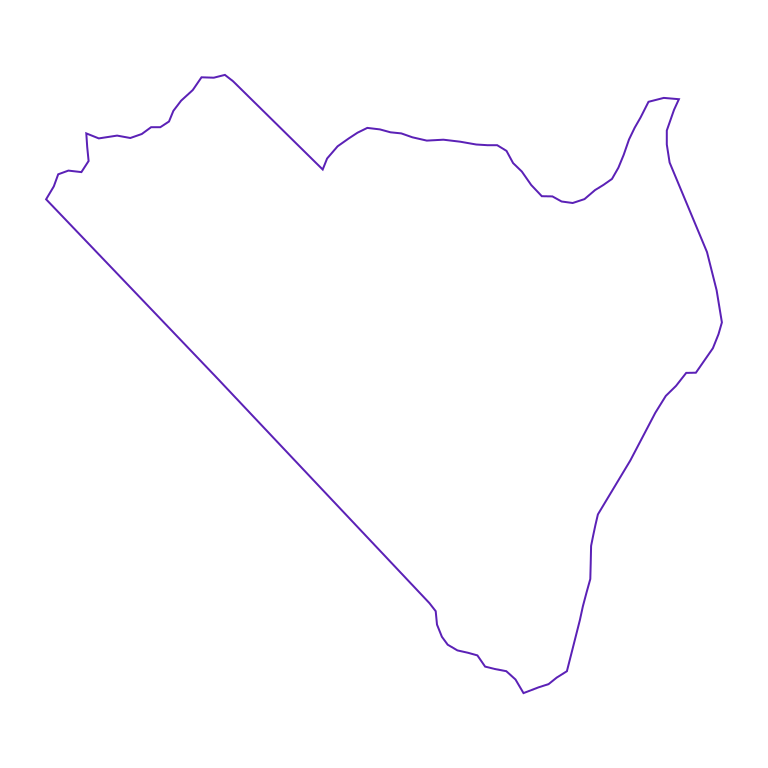 the district of Aguiarnópolis, Tocantins, Brazil
{"feature_id": "56859067B74205532549606", "entity_name": "Aguiarnópolis", "entity_type": "district", "adm_level": 2, "iso_a3": "BRA", "parent_name": "Brazil", "parent_adm1": "Tocantins", "projection": "natural_earth1", "projection_center": [-47.503, -6.502], "detail": "fine", "context": "isolated", "style": "outline", "palette": "violet", "viewbox_px": 768, "rotation_deg": 0, "n_neighbors": 0, "source": "geoboundaries", "source_scale": "gbopen_adm2", "svg_char_len": 1346}
<svg xmlns="http://www.w3.org/2000/svg" viewBox="0 0 768 768"><path d="M678.9,99.2L663.8,97.9L648.5,101.8L640.5,117.6L634.7,127.7L629.0,139.5L623.7,154.8L618.4,167.7L612.0,178.9L603.3,185.0L595.0,190.1L584.5,199.1L572.7,203.0L561.6,201.5L552.4,196.4L541.8,196.2L531.2,185.0L521.8,171.5L513.1,163.1L506.5,150.9L497.2,145.2L487.6,145.2L476.2,144.5L460.2,141.7L443.4,139.7L426.8,140.6L412.4,137.3L401.3,133.4L390.5,132.3L379.9,129.4L367.3,127.9L357.5,132.7L348.8,138.4L337.6,146.3L327.1,158.5L322.7,169.5L233.0,81.2L224.9,74.9L213.8,77.7L201.5,77.3L192.8,90.0L181.1,100.7L173.4,110.8L169.0,121.5L160.3,127.2L151.1,127.2L141.8,134.0L130.3,138.0L117.1,135.6L98.8,138.4L86.3,133.4L87.2,146.9L88.6,161.0L81.4,172.1L68.4,170.6L58.2,174.3L53.8,186.4L46.1,199.3L149.6,307.5L217.0,378.0L429.4,603.1L435.7,611.2L437.0,624.6L441.9,636.8L447.7,644.7L457.4,650.4L468.1,652.8L477.4,655.4L485.1,666.6L494.8,669.0L506.3,671.2L515.5,679.5L523.5,693.1L538.4,687.4L548.6,684.1L556.7,677.6L566.9,671.2L571.2,654.3L579.9,620.0L582.9,606.2L586.7,591.9L590.3,579.0L590.7,563.9L591.1,545.9L593.1,535.9L595.4,525.1L597.9,514.4L630.3,460.5L655.3,412.8L665.8,395.9L676.0,385.9L686.2,372.9L695.9,372.7L712.9,348.2L718.5,334.2L721.9,322.4L716.6,290.2L707.0,252.1L669.6,162.5L666.8,144.5L666.8,130.5L674.0,109.9L678.9,99.2Z" fill="none" stroke="#5b21b6" stroke-width="2"/></svg>